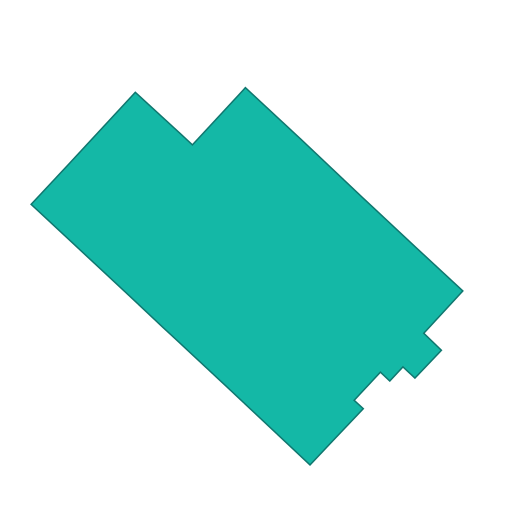 the district of Lamar, Mississippi, United States of America, rotated 313°
{"feature_id": "52423323B33166901073309", "entity_name": "Lamar", "entity_type": "district", "adm_level": 2, "iso_a3": "USA", "parent_name": "United States of America", "parent_adm1": "Mississippi", "projection": "albers", "projection_center": [-89.497, 31.208], "detail": "fine", "context": "isolated", "style": "filled", "palette": "teal", "viewbox_px": 512, "rotation_deg": 313, "n_neighbors": 0, "source": "geoboundaries", "source_scale": "gbopen_adm2", "svg_char_len": 516}
<svg xmlns="http://www.w3.org/2000/svg" viewBox="0 0 512 512"><g transform="rotate(313 256 256)"><path d="M140.0,438.0L173.4,438.2L217.5,438.6L217.4,426.2L232.0,426.2L255.9,426.2L255.8,439.1L275.1,439.1L275.1,455.5L313.5,455.9L313.9,431.4L371.5,431.1L371.3,367.2L371.4,293.1L372.0,210.8L371.9,152.6L371.9,133.4L368.3,133.5L333.3,133.6L293.9,133.7L293.9,120.7L293.4,56.1L191.3,56.4L140.4,56.3L140.5,189.6L140.3,236.9L140.4,252.4L140.4,327.2L140.0,438.0Z" fill="#14b8a6" stroke="#0f766e" stroke-width="1.5"/></g></svg>